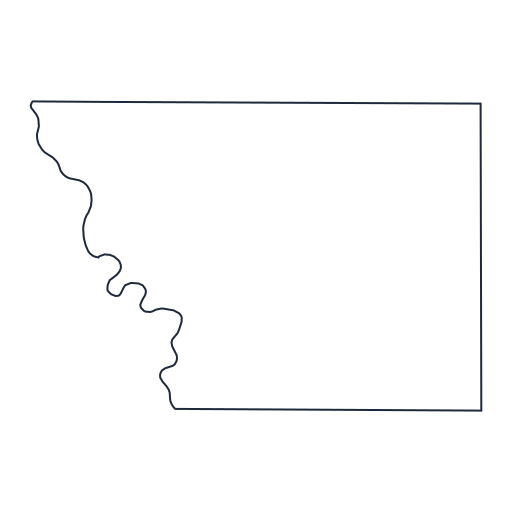 Monona, Iowa, United States of America
{"feature_id": "52423323B96687064906768", "entity_name": "Monona", "entity_type": "district", "adm_level": 2, "iso_a3": "USA", "parent_name": "United States of America", "parent_adm1": "Iowa", "projection": "albers", "projection_center": [-96.213, 42.039], "detail": "fine", "context": "isolated", "style": "outline", "palette": "slate", "viewbox_px": 512, "rotation_deg": 0, "n_neighbors": 0, "source": "geoboundaries", "source_scale": "gbopen_adm2", "svg_char_len": 1465}
<svg xmlns="http://www.w3.org/2000/svg" viewBox="0 0 512 512"><path d="M480.6,103.6L101.5,101.9L32.8,101.4L31.9,102.3L30.7,105.4L31.2,107.8L36.2,114.3L37.7,117.1L38.4,119.4L38.9,126.4L36.9,134.6L37.3,139.4L38.6,144.0L42.1,149.6L44.9,152.5L52.8,157.5L57.0,161.8L58.7,164.9L60.7,170.9L63.1,174.2L65.9,176.6L69.1,178.2L79.1,180.3L83.3,182.2L86.1,184.6L87.8,186.7L90.1,191.0L91.1,193.9L91.6,200.1L90.9,206.3L88.2,212.9L86.6,215.3L84.9,219.3L83.4,225.8L83.2,229.1L83.8,237.8L85.7,245.3L87.4,249.4L88.4,251.4L90.2,253.8L93.3,256.0L95.1,256.7L98.4,257.5L99.4,256.3L104.5,254.4L110.0,254.9L114.1,256.6L118.3,260.1L119.5,261.7L120.8,265.0L120.9,268.0L119.7,271.1L116.9,274.7L109.7,280.2L107.7,285.0L107.4,288.5L107.6,290.3L108.5,291.7L111.2,294.3L115.6,296.0L118.5,295.7L119.5,295.1L120.8,293.4L123.6,287.7L125.2,285.2L131.1,282.9L138.7,283.5L142.9,285.5L145.2,288.8L145.9,291.1L145.7,293.1L145.1,295.1L142.0,300.5L140.3,304.8L140.7,306.9L141.3,308.1L144.1,311.0L145.5,311.6L150.1,312.0L152.1,311.5L156.1,309.6L160.9,308.6L163.6,308.6L173.7,310.4L179.3,313.4L181.3,316.0L181.7,317.8L181.6,321.8L178.9,330.1L177.5,333.2L172.8,338.8L172.1,340.0L171.5,342.6L172.2,346.3L176.7,355.3L177.0,358.5L176.6,360.9L174.7,364.4L173.0,365.7L165.1,368.3L162.0,370.4L160.9,372.2L160.1,374.4L160.2,377.6L162.6,381.7L166.5,386.2L168.7,389.7L169.7,392.6L170.1,399.0L170.5,401.3L171.6,404.1L173.2,406.7L175.2,408.9L481.3,410.6L480.6,103.6Z" fill="none" stroke="#1e293b" stroke-width="2"/></svg>